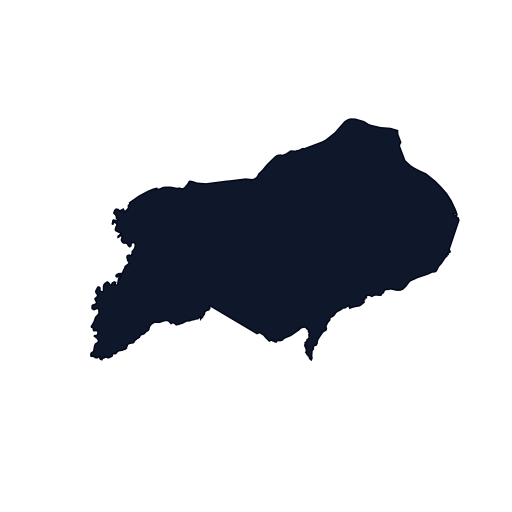 outline of Noen Sa-Nga, Nakhon Ratchasima, Thailand, rotated 236°
{"feature_id": "78962969B30671617507476", "entity_name": "Noen Sa-Nga", "entity_type": "district", "adm_level": 2, "iso_a3": "THA", "parent_name": "Thailand", "parent_adm1": "Nakhon Ratchasima", "projection": "robinson", "projection_center": [101.989, 15.574], "detail": "fine", "context": "isolated", "style": "filled", "palette": "ink", "viewbox_px": 512, "rotation_deg": 236, "n_neighbors": 0, "source": "geoboundaries", "source_scale": "gbopen_adm2", "svg_char_len": 6096}
<svg xmlns="http://www.w3.org/2000/svg" viewBox="0 0 512 512"><g transform="rotate(236 256 256)"><path d="M370.8,181.0L370.1,180.9L369.6,180.1L369.1,178.2L367.9,177.8L367.2,177.1L366.7,176.0L366.0,172.5L366.3,171.9L366.8,171.8L369.1,172.2L369.5,168.4L370.1,168.0L371.8,167.7L373.0,166.3L373.1,165.2L371.6,162.6L371.0,162.1L367.9,162.7L365.1,161.4L363.8,162.4L363.5,162.4L363.0,161.6L363.2,160.5L365.6,157.8L365.2,156.9L364.2,156.2L363.0,154.8L362.6,154.9L362.4,155.4L363.4,156.5L363.3,157.1L362.4,158.0L360.6,158.6L359.5,158.1L358.5,156.4L357.0,154.5L356.0,153.9L354.8,154.2L350.2,157.0L349.7,156.4L349.8,155.3L349.5,153.9L349.6,152.9L348.6,152.0L348.3,152.8L349.0,153.6L349.0,154.3L347.4,156.1L346.7,155.8L344.9,153.6L343.9,153.1L343.0,153.0L341.6,153.2L340.5,153.7L339.4,155.5L338.5,156.1L335.9,156.0L334.4,156.3L334.2,156.8L334.5,158.1L334.9,158.6L336.0,159.0L336.2,159.7L336.2,161.2L334.9,162.6L334.1,162.7L333.2,162.4L331.4,161.1L330.3,159.8L329.5,158.2L328.9,155.8L327.5,155.0L326.1,153.0L326.1,152.5L327.4,151.7L327.8,151.1L328.1,149.9L328.0,149.1L327.1,148.3L323.7,147.1L322.7,147.1L321.3,147.4L320.7,145.5L320.5,141.7L319.2,140.2L318.0,137.8L316.4,135.7L316.6,134.9L318.2,132.2L318.4,130.3L318.2,129.1L317.4,128.6L316.3,129.0L315.4,132.5L315.2,132.8L314.5,132.7L314.1,132.3L314.0,131.7L314.3,129.7L309.7,125.3L309.7,124.2L310.8,122.8L312.6,124.9L313.8,123.9L314.0,121.9L313.1,120.3L313.0,119.4L313.1,119.0L314.0,118.8L315.8,118.9L317.4,118.4L317.7,118.1L317.6,115.0L317.2,113.9L316.2,112.7L312.3,110.0L311.9,109.3L312.0,108.9L313.2,107.6L314.2,107.4L315.1,107.6L316.7,108.7L317.7,108.7L318.4,108.2L318.6,107.4L316.8,104.0L315.9,103.1L314.4,102.8L312.7,103.0L311.3,102.2L311.0,101.4L310.8,99.1L310.4,98.4L307.0,98.0L306.3,97.5L305.8,96.4L306.6,93.1L306.6,92.6L306.2,92.2L304.3,90.8L302.8,91.1L302.0,91.8L301.7,94.0L300.7,95.7L300.3,96.0L299.6,95.8L297.0,94.3L296.2,93.6L295.7,92.5L294.8,88.7L292.0,85.0L289.5,79.9L288.8,79.9L287.2,80.8L285.6,79.8L284.8,79.7L283.1,82.4L282.1,82.8L281.0,82.3L279.2,80.6L279.3,79.5L280.2,77.7L280.1,77.2L276.5,78.3L274.4,78.3L273.4,77.8L272.8,76.6L272.8,73.5L271.4,71.6L267.7,68.1L267.7,65.2L266.9,64.1L265.3,63.2L264.8,63.4L264.3,64.5L263.7,65.1L261.6,66.0L260.7,66.9L260.3,67.8L260.6,69.1L260.4,69.7L257.6,69.3L256.2,70.2L256.9,71.3L257.0,71.9L256.6,72.6L256.2,75.3L254.5,76.2L253.7,78.0L253.8,79.1L253.5,79.9L253.6,80.8L253.9,81.4L254.8,81.9L254.8,84.0L253.8,84.3L253.6,86.0L254.2,87.1L254.2,89.2L252.6,92.6L252.4,94.5L252.0,95.0L251.9,95.6L252.1,97.2L252.7,97.5L253.8,99.3L254.6,100.0L254.2,102.5L252.8,105.6L252.8,106.4L253.5,107.7L253.9,109.6L254.0,111.4L253.8,113.8L254.5,114.2L254.6,115.4L255.1,117.0L254.4,118.3L254.2,119.5L254.3,120.5L254.8,122.5L254.7,125.1L255.0,125.9L256.6,127.6L257.8,129.8L258.1,133.2L257.5,135.6L255.8,137.6L254.9,139.2L253.7,143.7L252.3,146.3L250.6,147.4L247.4,147.8L247.3,149.5L247.1,150.0L245.6,151.0L244.0,151.2L243.4,151.5L243.3,152.3L242.6,153.5L242.1,155.9L241.5,157.3L241.0,162.0L239.4,164.7L238.8,167.3L237.9,168.9L237.8,170.4L237.0,171.6L236.5,173.1L236.6,173.8L237.2,174.6L236.6,175.9L234.7,174.9L235.0,175.7L235.1,177.3L236.1,178.9L236.5,180.4L238.4,182.4L238.5,184.5L237.7,186.7L238.2,187.3L238.5,188.6L240.4,189.1L240.3,190.2L191.0,213.5L190.9,215.1L190.3,216.3L187.1,217.8L186.0,218.2L182.8,218.5L178.0,219.5L177.8,221.1L177.5,221.6L177.4,222.3L176.5,222.3L176.1,222.9L174.7,223.4L173.4,224.5L173.4,224.9L174.0,225.8L173.5,227.3L172.3,228.6L171.6,230.9L172.0,232.1L172.0,234.0L170.7,240.4L170.8,249.9L171.3,252.8L170.2,256.4L167.9,257.7L167.1,257.5L165.0,258.2L163.8,257.1L162.1,257.3L161.8,256.5L161.0,255.7L158.9,254.8L158.0,253.1L158.1,251.6L157.7,251.1L157.0,250.9L156.7,250.2L156.8,248.4L156.2,247.9L154.8,247.6L155.0,246.7L154.4,246.2L153.3,247.0L153.0,246.1L152.6,245.8L152.1,245.8L151.5,246.2L150.0,245.0L148.7,245.1L148.5,244.9L148.6,243.9L148.4,243.4L146.4,243.5L145.8,243.2L144.8,243.9L144.1,243.4L142.8,244.1L142.1,243.4L141.4,243.5L140.9,243.1L138.9,243.7L140.1,245.4L142.0,246.2L146.1,249.4L146.8,251.5L148.9,253.0L149.1,253.9L148.5,256.1L149.5,257.9L150.8,258.8L152.2,260.6L153.4,263.2L155.5,268.5L155.7,270.0L155.4,272.2L155.7,273.1L156.9,274.1L158.1,274.2L158.9,274.9L160.7,277.9L161.6,281.1L163.5,283.0L163.5,283.6L163.1,285.4L163.2,286.7L163.4,288.1L164.3,289.9L164.6,291.9L164.1,296.7L164.4,298.7L163.2,300.9L163.3,305.1L160.2,304.6L160.0,306.1L158.9,309.5L156.9,313.9L156.8,315.3L157.2,319.8L159.8,320.5L159.4,320.8L159.1,321.7L160.1,322.5L160.2,323.1L159.7,324.2L160.9,324.7L161.4,325.8L160.9,326.4L160.6,327.3L159.4,328.7L157.9,329.2L157.7,329.6L157.6,331.0L157.1,332.9L156.6,333.8L154.2,336.7L153.8,337.5L153.7,338.1L154.2,338.5L154.4,339.0L154.3,340.2L154.5,341.3L155.7,343.0L155.7,345.0L154.0,347.5L153.7,349.0L148.8,353.8L147.0,356.7L146.5,359.1L147.1,362.8L149.1,368.9L149.2,370.0L147.9,377.9L145.1,388.0L144.2,393.3L143.5,394.2L142.7,396.4L143.6,398.6L145.4,401.6L146.3,405.4L148.9,411.8L149.3,414.2L150.0,414.3L149.8,416.2L151.0,416.3L150.8,419.3L153.6,419.9L172.3,444.3L174.6,444.9L175.2,443.8L175.7,443.7L177.6,445.2L178.3,442.8L180.6,442.9L180.0,444.2L178.7,446.0L183.0,447.1L192.6,448.6L201.2,448.8L209.6,447.7L217.4,446.3L228.9,442.8L234.9,439.1L240.2,436.2L244.3,434.4L251.8,432.7L266.6,436.2L267.5,436.7L268.3,437.6L269.2,439.5L277.7,441.5L280.8,443.5L286.7,438.6L292.6,431.1L300.1,424.1L302.3,422.6L306.9,420.6L313.8,414.9L316.6,411.1L317.5,408.1L317.6,404.6L313.8,390.2L312.9,377.9L313.2,376.9L313.2,375.4L317.8,356.0L318.7,355.1L319.0,354.5L319.4,350.7L320.3,349.0L320.7,347.2L323.6,343.5L323.6,338.1L324.5,334.2L325.7,333.0L326.9,331.1L327.4,329.2L327.3,327.0L325.6,317.5L324.9,314.6L323.3,309.5L322.4,304.2L321.1,302.0L320.6,300.4L320.5,297.9L321.4,295.4L324.4,291.9L324.4,290.8L325.2,290.9L325.5,290.6L332.6,276.6L334.3,273.6L343.7,254.9L349.3,247.8L352.6,245.3L354.9,243.1L354.9,242.0L353.5,239.2L353.3,237.9L352.5,235.7L352.4,234.0L352.7,232.5L355.2,230.3L355.9,228.5L360.4,224.0L361.8,222.1L364.1,218.5L364.7,217.1L365.4,213.1L367.1,211.2L367.7,211.4L368.9,207.9L370.0,202.3L371.0,192.5L370.8,181.0Z" fill="#0f172a" stroke="#020617" stroke-width="1.5"/></g></svg>